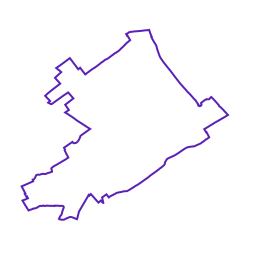 Mileanca, Botosani, Romania (orthographic projection), rotated 278°
{"feature_id": "2599482B95584741287260", "entity_name": "Mileanca", "entity_type": "district", "adm_level": 2, "iso_a3": "ROU", "parent_name": "Romania", "parent_adm1": "Botosani", "projection": "orthographic", "projection_center": [26.724, 48.084], "detail": "fine", "context": "isolated", "style": "outline", "palette": "violet", "viewbox_px": 256, "rotation_deg": 278, "n_neighbors": 0, "source": "geoboundaries", "source_scale": "gbopen_adm2", "svg_char_len": 5464}
<svg xmlns="http://www.w3.org/2000/svg" viewBox="0 0 256 256"><g transform="rotate(278 128 128)"><path d="M170.3,206.2L169.8,205.7L169.4,205.3L169.0,205.1L168.2,204.7L167.9,204.5L167.6,203.7L167.5,202.8L167.5,201.9L167.3,201.5L166.9,201.2L166.8,200.7L166.3,200.2L166.1,199.9L165.6,199.5L165.0,198.8L164.7,198.6L163.6,197.4L163.4,197.3L162.9,196.9L162.6,197.0L162.3,197.0L162.2,197.0L161.8,197.4L161.7,197.4L161.3,197.4L160.9,197.5L160.7,197.4L160.4,197.2L160.0,196.8L159.7,196.2L159.6,195.7L159.6,195.3L159.8,195.1L160.0,194.8L160.0,194.7L160.5,194.3L160.6,194.2L160.8,194.4L160.9,194.5L161.9,193.6L163.4,192.2L163.6,192.1L163.8,191.8L164.6,191.3L165.0,190.7L165.5,190.0L165.8,189.6L168.8,186.2L170.4,184.3L171.7,182.4L173.0,180.9L174.1,179.7L175.3,178.2L179.2,173.6L185.0,167.6L187.1,165.5L190.0,162.6L197.7,154.4L201.7,150.7L202.3,150.2L203.5,149.4L205.7,148.2L210.0,146.0L212.7,144.9L213.9,144.3L215.6,142.8L217.7,141.1L221.1,138.6L221.6,138.4L221.8,138.7L222.2,138.4L225.0,136.8L228.1,135.3L227.9,134.9L227.7,134.5L227.6,133.8L227.1,131.4L226.2,128.1L225.9,127.0L225.0,123.1L224.9,122.7L224.5,120.8L223.9,118.7L223.7,117.9L223.7,117.7L223.3,116.6L223.1,116.2L222.9,115.8L222.6,115.3L222.3,115.1L221.2,113.8L220.9,113.3L220.8,113.1L219.1,114.4L219.3,114.7L215.3,117.9L211.9,114.8L211.5,114.5L207.8,111.8L207.4,111.4L203.4,108.3L202.3,107.3L202.0,106.9L201.9,106.7L201.4,106.1L200.6,105.3L200.5,105.0L199.8,104.2L199.1,103.5L198.6,103.2L198.5,102.9L197.2,101.6L195.5,99.9L193.8,98.1L193.2,97.3L192.9,96.9L192.4,95.9L191.9,95.4L191.3,94.8L191.0,94.6L190.5,94.2L189.5,93.0L189.2,92.6L188.6,92.0L187.5,91.1L187.0,90.5L185.8,89.4L185.5,89.1L182.8,86.3L181.8,85.0L180.2,83.3L179.7,82.8L178.9,81.9L178.1,81.2L176.7,79.7L175.3,78.5L175.1,78.2L181.0,72.2L179.2,70.6L189.1,60.7L180.9,52.4L177.4,48.6L176.3,50.4L175.3,52.3L174.1,54.1L167.5,48.7L162.5,54.7L154.1,46.5L150.9,43.6L148.3,41.5L143.9,47.1L142.0,45.4L141.0,48.2L140.9,48.7L141.0,49.0L141.9,49.9L147.4,55.7L150.7,59.1L154.9,63.8L149.7,69.8L142.3,62.6L137.6,66.9L134.6,63.6L134.5,63.8L134.3,64.3L133.4,66.5L132.5,68.3L130.7,72.1L128.4,76.3L124.8,84.0L121.8,90.6L113.7,82.1L112.5,81.9L110.2,81.3L108.9,80.8L107.7,80.1L106.4,79.1L105.8,78.1L105.4,76.6L105.5,76.0L106.1,75.2L106.5,74.9L99.6,67.4L98.9,67.9L98.2,68.4L98.1,68.5L97.8,68.3L97.6,68.3L97.3,68.3L96.0,69.1L95.3,69.6L94.0,70.4L93.5,70.8L92.6,71.5L90.8,72.7L90.4,73.0L90.3,72.9L87.9,70.2L87.3,69.5L86.8,68.8L83.1,64.2L79.8,59.9L78.7,58.7L77.6,57.8L77.3,57.7L77.2,57.7L74.4,58.9L74.2,58.9L72.9,56.5L72.0,54.4L71.3,53.4L71.1,52.9L70.7,51.3L70.7,51.2L70.9,51.0L70.9,50.6L70.8,50.2L70.6,49.8L70.5,49.2L70.0,48.0L69.6,47.4L69.4,46.9L69.4,46.7L69.4,46.3L69.4,45.9L69.1,44.8L68.7,43.9L68.5,43.7L68.3,43.6L65.6,42.8L64.8,42.4L64.0,41.9L63.9,41.7L63.6,40.8L62.0,41.5L58.1,35.2L55.4,30.8L49.2,35.3L49.1,35.0L49.0,34.9L48.5,35.2L48.4,35.0L46.7,36.2L45.8,36.9L46.2,37.5L44.5,38.7L43.0,36.4L41.5,33.6L38.1,36.3L32.5,41.0L32.6,41.3L32.8,41.5L33.1,42.2L33.4,42.5L33.5,42.8L33.7,43.3L34.3,44.3L34.5,44.7L34.8,44.9L34.8,45.5L35.3,46.3L35.5,46.9L35.7,47.7L36.1,48.3L36.6,49.2L37.0,49.6L37.4,49.9L37.8,50.5L38.0,50.8L38.7,51.9L38.7,52.2L38.7,53.1L39.0,54.0L39.1,54.5L39.3,54.7L39.4,54.8L39.2,55.2L39.3,55.5L39.2,56.8L39.4,57.3L39.8,58.2L39.9,58.6L39.8,59.2L39.9,59.9L40.2,62.8L40.4,63.7L40.5,66.1L41.0,66.4L41.0,66.5L40.9,66.7L40.9,66.8L41.0,67.1L41.0,67.4L41.1,67.9L41.1,68.4L41.2,68.7L41.3,68.9L41.3,69.1L41.3,69.8L41.3,71.2L41.7,73.1L41.7,74.0L41.6,74.7L41.3,75.1L40.8,75.4L40.0,75.4L38.5,75.0L37.8,74.9L36.7,74.7L35.6,74.5L34.8,74.5L33.9,74.4L32.9,74.2L31.2,73.1L30.5,73.0L29.1,72.4L28.6,72.4L28.4,72.3L28.2,72.9L28.0,73.5L27.9,74.1L28.0,75.0L28.1,76.2L28.3,77.2L28.6,77.9L29.2,78.6L29.4,78.9L30.7,81.0L31.7,82.7L31.8,83.1L31.9,84.3L31.8,85.2L31.6,86.2L31.1,88.1L30.6,90.1L31.4,90.3L38.4,91.1L56.2,98.4L55.6,99.1L56.0,99.3L55.9,99.4L56.2,99.7L56.3,99.5L57.4,100.3L56.9,101.0L50.0,109.1L52.3,111.1L51.3,112.4L51.0,112.8L50.6,113.4L50.4,113.8L50.4,114.0L50.5,114.0L55.6,112.0L59.3,115.9L56.6,118.7L57.7,119.7L58.1,120.1L59.1,121.6L59.4,122.2L59.8,122.8L60.2,123.1L61.3,124.8L61.8,125.3L62.1,125.8L62.3,126.0L62.5,126.5L62.8,127.7L63.3,128.7L63.4,129.1L63.5,129.8L63.7,130.3L64.0,130.8L64.4,131.8L64.6,132.3L65.0,134.0L65.2,135.2L65.3,135.6L65.4,135.9L65.7,136.3L67.7,138.9L68.8,140.1L69.1,140.6L69.6,141.2L70.1,141.6L70.6,142.2L71.3,143.1L72.1,144.0L72.7,144.9L73.9,146.3L76.0,148.6L78.2,150.9L78.9,151.6L80.1,152.9L81.9,154.8L83.1,155.9L84.1,156.8L84.8,157.5L87.5,160.4L88.9,161.8L89.3,162.3L90.2,163.1L91.2,164.2L92.0,164.8L93.4,166.3L94.2,167.0L95.2,168.0L96.4,169.0L96.7,169.1L97.1,169.3L97.7,169.4L99.3,169.5L99.5,169.5L100.5,170.0L102.4,170.8L102.8,171.1L103.0,171.4L103.5,171.9L104.2,172.9L104.5,173.5L104.9,174.1L105.1,174.4L105.4,174.9L106.1,176.0L107.4,178.0L107.9,178.7L109.4,180.4L110.9,182.2L111.5,182.7L112.1,183.4L114.5,186.0L115.9,187.7L117.1,189.4L117.2,189.6L117.6,190.9L118.5,193.6L118.7,194.6L118.8,195.1L118.9,195.5L119.0,195.9L119.2,196.4L119.6,197.0L121.0,199.1L121.6,200.2L122.7,201.9L122.9,202.3L123.2,202.6L123.5,202.8L123.8,203.0L124.0,203.2L125.0,204.4L125.7,205.1L127.5,206.8L127.9,207.4L128.6,208.2L129.9,209.5L130.1,209.7L134.7,206.4L134.5,206.1L137.5,203.7L140.0,206.8L143.0,210.4L143.6,211.2L145.6,213.5L147.5,216.1L150.4,219.7L152.4,222.3L154.8,225.2L159.8,219.1L161.6,216.6L162.2,215.4L162.4,215.2L163.2,214.8L164.0,213.8L165.2,212.5L165.9,211.6L167.0,210.4L167.6,209.6L170.3,206.2Z" fill="none" stroke="#5b21b6" stroke-width="2"/></g></svg>